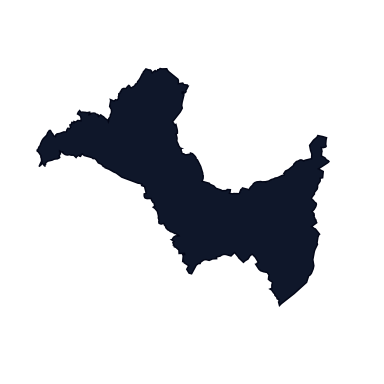 Feliceni, Harghita, Romania, rotated 347°
{"feature_id": "2599482B81042464195170", "entity_name": "Feliceni", "entity_type": "district", "adm_level": 2, "iso_a3": "ROU", "parent_name": "Romania", "parent_adm1": "Harghita", "projection": "mercator", "projection_center": [25.253, 46.284], "detail": "fine", "context": "isolated", "style": "filled", "palette": "ink", "viewbox_px": 384, "rotation_deg": 347, "n_neighbors": 0, "source": "geoboundaries", "source_scale": "gbopen_adm2", "svg_char_len": 5969}
<svg xmlns="http://www.w3.org/2000/svg" viewBox="0 0 384 384"><g transform="rotate(347 192 192)"><path d="M251.7,322.3L253.9,320.9L268.6,314.0L283.3,305.8L286.8,299.9L288.4,299.4L290.0,298.1L292.8,294.1L294.1,291.3L294.5,285.1L297.7,277.7L298.8,275.8L302.5,271.2L302.4,269.6L304.5,264.4L306.0,262.2L306.8,261.8L303.9,255.7L303.2,255.4L300.8,252.5L306.6,250.0L306.3,248.4L306.5,247.2L306.0,246.8L305.2,242.1L305.8,242.2L306.0,240.5L304.5,238.2L307.2,236.3L309.3,234.1L310.4,232.1L310.5,230.9L309.1,229.3L308.2,227.2L307.5,226.7L307.0,225.1L307.1,224.6L310.9,221.4L310.8,220.8L311.3,219.9L314.6,217.3L315.3,216.0L316.0,213.3L319.1,210.5L319.5,209.6L319.9,207.4L322.5,207.5L324.5,201.5L320.3,197.9L330.7,194.1L332.3,193.2L332.0,192.4L329.8,190.5L329.7,189.5L329.1,188.5L326.2,186.0L327.2,182.8L327.8,181.8L328.0,177.7L330.1,178.3L332.3,178.2L333.0,177.6L333.0,175.6L334.4,171.2L335.3,169.4L331.8,167.4L327.3,165.3L326.0,166.8L322.1,168.8L317.1,173.0L316.9,178.2L317.3,181.9L316.0,186.4L309.3,186.5L307.9,186.9L305.9,185.4L304.5,185.1L302.4,185.7L300.6,185.8L297.6,187.7L296.9,189.0L291.1,191.9L287.8,192.6L285.7,194.6L286.2,195.0L285.5,196.2L283.5,196.2L278.4,197.3L276.1,197.1L274.6,197.6L272.1,197.7L269.1,198.6L266.0,198.5L265.9,199.0L265.0,198.3L263.0,198.0L261.2,197.2L257.4,196.7L255.3,197.0L253.5,197.9L252.9,198.8L249.9,200.6L248.1,202.6L242.1,199.4L240.5,200.9L240.1,200.7L237.7,204.3L232.3,202.9L231.0,202.9L228.4,201.8L228.6,201.5L228.3,201.3L229.2,200.2L229.9,198.4L226.9,197.5L225.8,198.3L221.5,197.5L220.8,196.6L216.2,193.8L214.6,191.0L211.3,188.6L210.8,187.4L204.2,183.8L205.9,181.2L206.6,178.6L206.4,177.5L206.7,175.9L206.2,169.0L204.5,162.0L203.4,160.6L203.6,159.3L202.7,157.3L201.1,154.8L199.3,153.7L198.9,154.7L194.2,154.4L192.5,153.3L192.6,153.0L190.9,152.2L191.0,150.6L190.7,149.4L191.2,147.1L191.4,147.1L190.4,146.5L189.2,143.2L189.4,142.8L188.7,139.6L188.7,138.5L189.4,136.8L189.6,135.4L189.5,132.6L189.2,132.0L191.0,131.4L191.5,129.2L191.6,127.2L191.5,122.5L190.1,122.9L189.7,121.0L188.7,119.3L198.6,111.3L201.4,108.1L201.4,105.4L202.5,102.5L206.0,95.5L205.5,94.1L204.8,94.0L204.6,93.3L205.1,92.8L205.0,92.4L206.1,92.3L206.4,93.0L205.8,93.4L206.0,94.1L208.1,93.5L208.8,92.6L208.5,92.2L212.2,87.9L211.1,87.3L211.4,86.7L208.4,85.6L207.9,85.2L207.5,83.8L203.1,83.5L203.8,80.3L203.7,79.0L196.4,69.6L195.5,67.9L195.1,66.2L190.4,65.3L188.7,64.5L187.3,65.3L186.1,65.2L185.8,65.9L183.8,66.4L183.5,65.4L183.2,65.4L180.0,67.0L179.6,64.9L179.0,63.8L177.2,63.2L174.8,61.7L171.4,64.3L170.8,65.8L170.1,65.8L166.9,69.7L164.7,71.7L164.0,72.0L163.0,73.8L162.0,74.2L161.3,74.1L160.0,75.7L156.1,76.9L155.5,76.5L155.0,74.6L154.4,73.9L152.9,74.7L151.2,76.3L148.3,75.7L146.9,76.1L145.5,77.6L145.5,78.1L144.7,78.3L144.3,79.2L142.8,79.8L142.4,81.5L141.6,82.8L141.6,84.3L139.5,85.6L138.3,84.9L136.5,85.9L133.3,83.6L133.3,84.8L131.0,90.1L132.0,93.3L131.7,95.5L131.0,97.2L129.8,98.5L129.3,100.2L127.5,101.7L126.7,103.3L126.8,104.1L126.3,104.8L126.2,103.1L124.2,101.2L122.6,98.6L122.3,98.6L120.4,96.3L118.0,97.6L117.7,97.2L118.1,96.0L117.1,95.0L116.3,94.8L115.3,93.5L114.1,93.0L111.4,92.7L110.2,93.6L109.0,93.5L110.3,91.6L110.3,91.2L107.3,91.1L106.6,90.6L102.8,89.4L102.1,89.6L101.4,88.8L100.8,87.4L99.1,88.7L98.0,90.2L99.8,91.9L100.4,92.9L100.6,95.2L99.8,97.7L96.8,96.6L94.4,97.7L92.8,96.8L92.5,98.1L90.7,97.1L89.7,98.6L89.7,99.2L88.1,99.2L88.1,100.5L88.4,101.6L86.8,102.9L85.5,101.9L85.2,102.0L84.0,103.4L83.2,105.0L82.2,105.1L80.7,104.6L76.2,105.2L73.6,105.0L71.9,105.9L71.8,106.9L71.5,107.3L71.1,106.8L70.5,106.8L69.7,105.8L69.4,104.2L68.6,102.8L67.9,100.2L66.8,100.0L64.7,101.8L63.2,104.0L59.2,106.5L57.6,108.0L55.6,110.6L54.4,112.7L53.1,113.6L51.4,116.0L50.5,116.3L50.4,117.4L51.3,118.3L53.0,122.6L52.6,123.8L52.8,125.4L52.4,128.0L48.7,132.8L51.0,131.6L52.5,130.0L52.4,130.5L53.3,131.5L54.2,133.4L54.6,133.5L54.7,132.1L55.5,132.2L55.7,131.7L55.4,131.5L56.0,130.6L58.4,129.5L62.8,129.5L65.3,129.0L68.5,129.4L70.3,128.9L70.9,128.6L70.7,126.7L71.5,126.0L71.7,125.2L72.4,125.2L72.5,124.2L72.3,123.1L72.0,122.9L72.2,122.1L73.8,123.7L75.0,123.8L74.9,124.7L75.5,125.6L76.9,127.0L78.7,127.9L81.1,128.1L82.4,128.9L85.0,129.5L86.8,132.3L87.6,131.5L89.5,130.9L90.5,131.0L90.6,131.8L91.4,132.2L92.6,130.5L92.9,130.8L93.8,130.2L95.2,132.2L102.1,135.9L103.1,137.2L104.7,137.5L105.3,138.1L106.0,139.2L107.3,142.6L109.7,144.3L111.3,146.5L111.1,146.8L111.3,147.1L112.9,148.3L112.8,148.8L116.3,151.2L120.3,154.9L122.4,156.4L126.9,161.7L141.6,171.4L142.6,171.6L145.2,173.3L144.4,174.4L147.0,176.0L147.1,183.0L145.0,183.1L144.5,185.1L144.7,186.8L145.1,187.4L146.7,188.3L150.7,189.1L150.8,190.8L151.6,193.2L152.7,194.5L152.4,196.2L152.6,197.5L150.8,198.1L152.2,199.7L153.9,203.1L153.9,208.0L153.3,209.8L153.5,210.7L153.4,212.5L152.9,213.6L152.9,215.1L154.7,216.3L157.3,216.2L157.9,217.2L157.6,217.7L158.4,219.3L158.7,219.4L158.5,220.9L159.9,223.4L160.9,224.1L162.0,225.6L163.8,226.6L166.0,228.6L167.0,228.9L168.4,230.6L169.3,231.0L169.6,231.8L168.5,231.9L167.9,231.4L166.2,231.1L163.9,231.9L161.9,233.9L161.3,233.9L163.4,236.1L162.0,237.0L162.3,238.7L162.0,239.5L162.4,239.5L162.8,238.9L162.4,241.3L163.9,242.3L166.2,245.6L165.6,249.0L170.9,250.0L170.8,251.3L168.9,251.1L169.1,252.2L167.3,257.6L168.3,257.7L168.4,259.1L172.2,263.1L169.5,266.1L170.9,270.4L173.2,271.6L179.7,264.2L182.0,263.2L183.8,263.5L184.6,262.3L188.2,260.8L190.4,261.0L193.4,262.5L197.0,261.8L201.0,262.5L201.1,261.3L201.3,260.8L205.1,260.8L206.7,260.1L209.0,259.9L211.0,260.5L215.6,263.1L219.9,260.5L222.9,266.4L222.7,266.6L226.3,272.1L228.2,271.0L231.5,269.9L234.2,267.1L236.7,266.1L239.0,269.8L240.9,275.6L239.4,276.0L238.8,276.7L237.8,276.7L239.8,282.2L241.1,284.1L243.8,285.8L247.2,287.3L248.4,290.5L247.9,291.3L246.8,294.2L248.0,295.9L249.6,297.3L250.1,298.3L248.9,300.5L248.2,303.8L246.2,304.1L247.6,305.4L248.8,308.6L249.8,309.9L249.6,310.5L249.6,311.4L251.0,313.5L250.9,315.1L251.3,315.6L252.3,315.7L252.4,317.9L252.3,318.3L251.6,318.6L251.7,322.3Z" fill="#0f172a" stroke="#020617" stroke-width="1.5"/></g></svg>